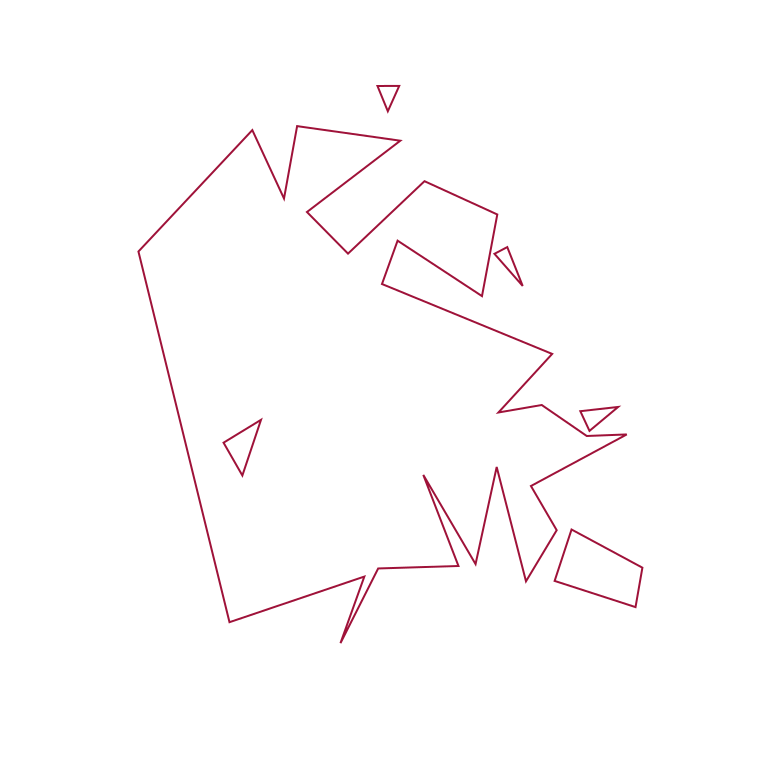 an SVG outline of South Jeolla, rotated 253°
{"feature_id": "KOR-2506", "entity_name": "South Jeolla", "entity_type": "Metropolitan City", "adm_level": 1, "iso_a3": "KOR", "parent_name": "South Korea", "parent_adm1": "", "projection": "albers", "projection_center": [126.652, 34.734], "detail": "coarse", "context": "isolated", "style": "outline", "palette": "rose", "viewbox_px": 768, "rotation_deg": 253, "n_neighbors": 0, "source": "natural_earth", "source_scale": "10m", "svg_char_len": 770}
<svg xmlns="http://www.w3.org/2000/svg" viewBox="0 0 768 768"><g transform="rotate(253 384 384)"><path d="M665.3,332.3L590.6,342.6L656.0,376.3L611.9,470.7L571.0,360.6L519.2,387.7L566.1,482.0L513.0,541.9L439.4,503.4L517.1,438.9L480.2,411.3L363.6,553.6L323.3,485.1L317.8,528.7L275.0,562.7L264.8,601.4L243.5,494.7L193.7,506.4L153.8,462.1L271.7,467.5L185.0,418.9L285.6,395.0L188.2,402.0L209.3,324.5L148.9,266.6L205.6,308.9L201.4,166.6L582.5,187.9L665.3,332.3ZM385.7,255.9L374.8,213.4L337.9,221.8L385.7,255.9ZM190.0,520.8L132.8,577.4L97.1,559.3L145.8,489.6L190.0,520.8ZM300.6,563.8L293.6,601.2L279.1,566.8L300.6,563.8ZM437.2,545.3L476.2,527.7L478.9,541.9L437.2,545.3ZM643.7,467.4L670.9,464.9L664.6,485.7L643.7,467.4Z" fill="none" stroke="#9f1239" stroke-width="2"/></g></svg>